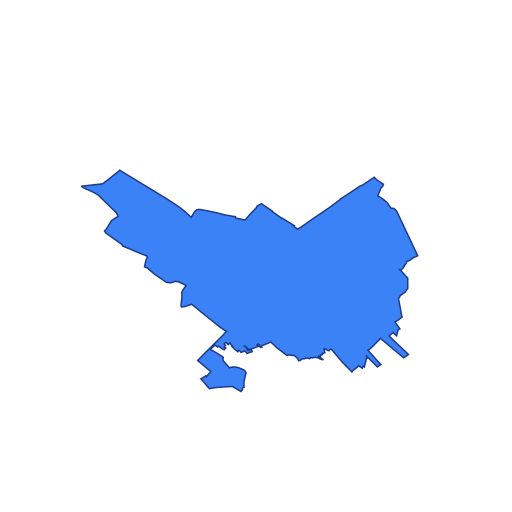 Limbaži, Limbaži, Latvia, rotated 217°
{"feature_id": "27541924B93215456258482", "entity_name": "Limbaži", "entity_type": "district", "adm_level": 2, "iso_a3": "LVA", "parent_name": "Latvia", "parent_adm1": "Limbaži", "projection": "equal_earth", "projection_center": [24.717, 57.51], "detail": "fine", "context": "isolated", "style": "filled", "palette": "blue", "viewbox_px": 512, "rotation_deg": 217, "n_neighbors": 0, "source": "geoboundaries", "source_scale": "gbopen_adm2", "svg_char_len": 5817}
<svg xmlns="http://www.w3.org/2000/svg" viewBox="0 0 512 512"><g transform="rotate(217 256 256)"><path d="M298.0,189.7L294.0,190.3L294.0,185.5L293.8,184.5L293.6,183.3L293.3,182.0L290.9,179.3L290.2,178.1L285.8,170.9L284.7,170.5L282.7,172.4L282.1,173.3L280.6,175.5L280.2,176.1L278.3,178.7L275.7,178.7L273.7,178.6L271.7,178.5L265.9,178.2L263.9,178.2L261.5,178.1L259.6,178.1L257.6,178.0L255.7,177.9L253.3,177.9L250.2,177.8L248.0,177.7L243.6,177.5L241.6,177.5L240.3,177.6L239.7,177.6L237.7,177.7L234.2,178.0L235.0,170.9L236.5,160.9L237.8,151.5L238.2,149.4L238.6,145.7L239.4,139.6L239.7,137.8L239.7,137.4L238.3,137.3L238.2,137.3L222.5,136.5L222.5,136.0L223.0,129.7L223.9,130.2L224.4,129.0L224.6,128.5L225.7,125.6L226.1,124.7L225.7,124.7L224.8,124.5L213.4,122.0L209.2,126.5L201.8,133.0L196.3,137.6L186.5,138.7L186.3,140.4L186.4,141.1L187.3,142.8L187.1,143.5L186.8,144.0L186.6,144.1L189.7,147.9L193.2,155.5L193.7,156.8L195.1,157.4L197.7,157.6L202.4,156.4L205.8,154.8L208.1,153.1L209.6,151.4L210.0,150.7L219.7,152.8L221.1,155.3L222.5,155.4L228.6,154.9L231.7,154.5L233.8,154.4L233.9,154.1L236.3,153.9L235.7,157.2L235.1,160.1L233.3,160.2L231.8,160.2L231.9,161.0L231.9,161.3L229.5,161.6L228.9,161.5L227.0,161.6L225.0,161.9L224.9,163.0L224.8,164.4L226.7,164.4L226.7,165.2L226.6,166.4L228.6,166.5L228.1,168.8L227.1,168.8L225.8,168.7L224.7,168.7L224.5,170.9L224.0,170.5L222.5,170.4L221.1,170.0L221.2,169.4L219.8,169.1L219.6,169.1L217.6,168.8L217.2,168.8L215.2,168.7L212.9,168.6L213.0,170.3L212.0,170.5L209.9,170.0L209.1,171.2L208.7,172.0L208.3,172.7L207.8,173.4L206.9,173.3L205.8,173.1L204.6,172.8L201.4,177.4L203.9,178.2L205.4,175.8L207.0,176.0L207.5,176.8L206.3,176.5L204.5,178.3L203.5,179.0L202.3,181.3L201.2,183.0L199.9,185.0L201.1,185.4L201.8,185.7L201.4,187.0L200.2,187.1L200.5,186.3L199.1,186.0L197.5,185.7L196.6,186.6L198.1,186.8L196.1,189.9L194.4,192.8L192.3,196.2L185.7,195.5L185.2,195.3L171.5,195.2L171.1,195.7L170.4,196.6L169.3,197.3L167.8,198.1L166.6,198.9L165.5,199.6L163.5,199.4L160.8,199.1L159.0,198.0L157.9,198.9L157.8,199.9L157.4,200.5L157.4,201.5L156.5,202.3L155.5,203.0L155.2,203.4L154.9,204.3L153.5,205.4L152.8,205.9L152.0,206.0L151.5,206.2L151.1,207.0L151.0,207.8L150.4,208.3L149.9,208.4L149.4,208.8L149.0,209.4L148.8,209.8L148.2,210.1L147.3,211.1L146.9,211.3L146.0,211.4L145.6,211.9L145.6,212.9L145.8,213.9L145.2,214.3L144.7,214.4L144.1,214.3L143.7,213.8L144.1,213.6L145.0,213.1L144.9,212.8L144.6,212.2L144.1,212.1L143.6,212.2L143.9,212.7L143.5,212.8L142.8,212.5L142.2,212.6L141.1,213.0L139.6,213.6L143.0,213.5L144.0,214.5L144.3,215.3L144.6,215.8L144.3,216.2L144.5,216.6L143.7,217.2L144.2,217.7L144.3,218.3L143.4,218.8L143.4,219.6L142.8,220.2L143.8,220.9L144.4,222.0L145.4,222.1L145.7,223.0L144.7,223.7L141.8,223.7L140.6,224.4L140.8,225.7L140.4,226.0L140.3,226.6L139.5,226.9L138.3,226.6L128.2,224.3L123.0,223.1L109.6,221.1L109.6,222.9L108.4,227.5L108.1,230.2L103.6,230.3L104.3,232.3L102.6,232.5L103.2,233.8L104.6,237.2L106.0,240.1L105.7,240.9L107.4,242.6L104.1,242.1L92.9,240.5L92.3,240.4L91.1,244.2L91.0,244.5L91.6,244.5L110.0,248.1L109.3,249.4L108.7,252.3L108.1,256.5L107.8,258.8L107.3,262.2L106.8,265.1L91.8,264.3L76.8,263.6L75.0,268.8L74.9,269.1L77.2,269.4L82.6,270.0L87.1,270.5L93.4,271.2L99.7,272.0L101.7,272.3L101.5,272.9L100.9,275.3L100.6,276.4L100.5,276.6L100.4,276.7L100.5,276.8L100.4,277.4L95.7,276.9L97.6,281.4L97.7,281.9L98.1,282.8L97.2,284.4L103.8,286.5L105.3,287.0L104.0,290.0L103.9,290.4L103.4,292.6L102.5,295.1L104.8,296.9L109.0,300.9L116.4,307.5L116.9,311.5L115.2,316.4L115.3,321.5L119.9,327.5L121.4,329.6L130.0,331.2L130.4,331.3L133.0,331.6L132.0,332.2L131.7,332.8L131.6,333.4L131.4,333.8L131.3,335.9L131.4,336.5L131.4,337.3L131.7,337.3L131.9,338.2L131.6,340.0L131.7,341.1L132.2,341.8L132.2,342.6L132.0,343.1L130.8,344.4L130.6,345.0L130.4,345.7L130.3,346.1L129.9,347.4L129.6,348.4L129.3,349.1L129.0,349.7L128.7,350.7L128.2,351.7L127.6,352.2L127.2,353.1L127.0,353.5L127.3,353.7L170.7,376.5L171.9,376.7L174.4,377.0L177.0,375.4L183.1,377.5L188.6,377.9L192.6,377.6L195.0,377.3L197.1,385.6L196.9,386.9L196.7,387.7L197.4,390.0L205.2,389.5L209.0,390.0L213.6,376.6L215.2,374.2L216.3,370.8L220.3,359.3L222.9,352.3L222.9,351.3L226.7,338.3L231.4,324.7L234.4,315.7L235.5,312.1L235.9,310.5L238.2,304.3L238.5,303.6L239.0,302.3L244.2,302.6L243.9,303.3L256.5,302.1L257.7,302.0L257.8,301.6L268.7,301.3L270.3,301.7L270.6,301.7L275.5,301.4L283.2,301.0L284.1,299.0L285.2,296.3L284.8,294.7L286.0,284.6L286.1,282.3L286.2,280.7L286.4,278.5L286.4,278.2L288.0,277.3L288.8,276.8L289.0,277.0L293.8,274.6L295.0,274.0L295.7,274.6L296.1,275.1L296.4,274.8L296.8,274.6L305.8,270.0L312.5,267.3L316.3,265.5L321.7,263.0L329.2,259.2L331.2,257.2L331.5,255.4L331.6,254.8L331.7,254.4L331.0,247.9L338.2,248.6L340.3,248.7L345.0,248.9L350.6,248.7L354.4,248.5L356.7,248.3L361.0,248.0L368.1,247.3L383.4,245.8L383.9,245.8L392.8,244.8L397.6,244.4L403.5,243.8L413.1,242.8L416.5,242.6L416.6,241.2L416.8,240.7L417.1,239.3L417.5,237.8L417.9,236.5L418.6,233.7L419.3,231.0L420.0,228.2L421.0,224.8L421.8,221.5L421.9,221.4L429.5,214.2L437.1,206.9L437.0,206.6L436.8,206.6L436.3,206.6L435.0,206.7L433.6,206.9L431.0,207.5L427.4,208.4L424.7,208.9L422.6,209.3L421.6,209.4L420.6,209.5L418.8,209.7L406.2,208.1L393.5,206.5L389.9,204.7L391.6,200.7L392.7,197.3L391.7,186.9L392.1,184.8L389.9,184.0L369.7,184.5L369.1,183.9L368.4,183.7L368.1,184.0L367.4,184.0L352.7,187.7L351.3,188.1L345.1,189.8L344.6,189.9L343.7,190.2L343.0,190.3L342.3,190.0L342.0,189.6L342.0,189.4L341.9,188.3L341.3,186.4L340.0,183.4L338.5,180.3L338.1,180.4L337.1,180.6L336.3,180.8L335.4,181.0L331.0,180.7L326.3,180.4L317.7,180.8L314.8,180.9L311.8,181.0L310.7,181.6L308.2,183.0L307.2,184.3L305.2,187.2L302.6,188.6L302.3,188.7L301.0,189.0L298.0,189.7ZM207.5,176.8L211.1,176.9L210.7,177.5L209.7,177.4L207.4,177.0L207.5,176.8Z" fill="#3b82f6" stroke="#1e3a8a" stroke-width="1.5"/></g></svg>